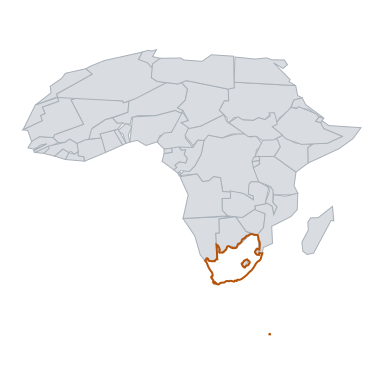 South Africa highlighted on a map of Africa
{"feature_id": "ZAF", "entity_name": "South Africa", "entity_type": "country or territory", "adm_level": 0, "iso_a3": "ZAF", "parent_name": "Africa", "parent_adm1": "", "projection": "albers", "projection_center": [25.295, -34.555], "detail": "fine", "context": "in_parent", "style": "outline", "palette": "amber", "viewbox_px": 384, "rotation_deg": 0, "n_neighbors": 49, "source": "natural_earth", "source_scale": "50m", "svg_char_len": 14725}
<svg xmlns="http://www.w3.org/2000/svg" viewBox="0 0 384 384"><path d="M274.2,156.4L296.0,172.1L294.1,185.8L297.8,193.2L294.3,194.8L273.7,194.8L271.0,186.7L258.7,181.9L254.2,175.0L253.3,167.7L259.7,163.9L258.6,156.0L274.2,156.4Z" fill="#d9dde1" stroke="#a8b0b8" stroke-width="1"/><path d="M57.6,97.5L58.9,101.3L42.5,107.1L45.2,113.5L40.7,115.5L42.4,120.7L23.0,129.8L35.3,105.0L57.6,97.5Z" fill="#d9dde1" stroke="#a8b0b8" stroke-width="1"/><path d="M253.3,167.7L258.7,181.9L250.2,182.2L248.3,194.3L253.3,195.9L253.5,200.0L243.4,193.5L222.7,191.6L220.5,177.7L213.5,176.7L209.1,180.8L202.6,181.6L197.1,174.0L179.3,175.6L184.8,170.3L189.2,171.5L194.9,165.8L201.2,154.2L204.3,138.2L208.4,135.1L222.2,137.9L237.3,133.6L245.4,133.8L250.3,137.1L256.3,136.2L262.7,144.7L256.5,149.9L253.3,167.7Z" fill="#d9dde1" stroke="#a8b0b8" stroke-width="1"/><path d="M308.0,163.1L307.7,147.5L313.7,143.5L327.2,143.3L342.3,136.4L323.8,128.7L319.2,123.4L322.5,121.1L328.9,125.6L361.0,127.7L353.0,138.6L339.4,148.5L308.0,163.1Z" fill="#d9dde1" stroke="#a8b0b8" stroke-width="1"/><path d="M296.0,172.1L274.2,156.4L280.2,147.0L276.2,138.7L282.6,135.1L295.0,142.9L312.3,144.3L307.7,147.5L308.0,163.1L296.0,172.1Z" fill="#d9dde1" stroke="#a8b0b8" stroke-width="1"/><path d="M232.2,123.9L228.5,122.5L226.8,121.6L227.2,117.9L219.2,110.3L224.3,100.7L228.6,100.8L228.3,87.9L234.2,87.8L234.1,82.2L295.7,85.6L297.7,95.6L302.2,97.9L293.9,100.0L289.9,109.9L279.2,118.1L277.3,124.1L272.2,112.4L265.0,119.6L258.5,117.7L253.4,120.4L242.7,119.9L234.6,117.3L228.9,122.6L232.2,123.9Z" fill="#d9dde1" stroke="#a8b0b8" stroke-width="1"/><path d="M228.2,89.1L228.6,100.8L224.3,100.7L219.2,110.3L223.8,114.7L200.7,126.2L188.1,128.8L181.0,122.6L188.2,120.5L182.9,110.5L177.3,107.9L185.1,100.2L187.4,89.0L181.3,82.6L186.4,80.6L228.2,89.1Z" fill="#d9dde1" stroke="#a8b0b8" stroke-width="1"/><path d="M248.4,260.9L245.2,267.2L241.5,264.4L245.3,260.4L248.4,260.9Z" fill="#d9dde1" stroke="#a8b0b8" stroke-width="1"/><path d="M257.5,234.8L245.9,231.4L235.6,216.7L242.4,217.5L255.4,208.6L265.2,213.8L263.5,227.6L257.5,234.8Z" fill="#d9dde1" stroke="#a8b0b8" stroke-width="1"/><path d="M251.0,233.9L237.0,246.9L228.6,246.1L222.7,252.1L220.1,252.6L216.2,244.6L215.6,233.2L219.3,232.9L218.8,219.0L235.6,216.7L245.9,231.4L251.0,233.9Z" fill="#d9dde1" stroke="#a8b0b8" stroke-width="1"/><path d="M215.6,233.2L217.0,259.2L212.2,261.8L206.2,258.4L204.7,260.5L200.3,255.0L194.8,235.9L183.0,218.5L234.8,216.1L218.8,219.0L219.3,232.9L215.6,233.2Z" fill="#d9dde1" stroke="#a8b0b8" stroke-width="1"/><path d="M33.4,149.1L27.9,147.8L32.7,140.0L39.7,136.6L53.1,137.6L58.6,142.7L35.1,152.5L33.4,150.6L46.7,143.9L33.4,149.1Z" fill="#d9dde1" stroke="#a8b0b8" stroke-width="1"/><path d="M58.6,142.7L53.1,137.6L54.7,134.6L83.6,124.2L70.9,99.9L78.6,97.4L122.9,101.0L123.4,102.8L128.9,101.3L128.0,112.3L105.5,119.6L92.7,127.9L88.9,139.2L77.0,143.6L69.7,139.1L65.4,142.2L58.6,142.7Z" fill="#d9dde1" stroke="#a8b0b8" stroke-width="1"/><path d="M23.0,129.8L42.4,120.7L40.7,115.5L45.2,113.5L42.5,107.1L58.9,101.3L57.6,97.5L78.6,97.4L70.9,99.9L83.6,124.2L54.7,134.6L53.1,137.6L39.7,136.6L31.5,141.5L27.8,130.5L23.0,129.8Z" fill="#d9dde1" stroke="#a8b0b8" stroke-width="1"/><path d="M129.8,142.1L126.1,143.3L122.9,134.0L117.7,130.9L126.3,123.2L131.9,126.8L128.3,134.9L129.8,142.1Z" fill="#d9dde1" stroke="#a8b0b8" stroke-width="1"/><path d="M181.3,82.6L187.4,89.0L185.1,100.2L177.3,107.9L182.9,110.5L181.1,113.3L175.3,110.5L155.8,115.6L137.8,115.6L131.5,117.9L130.4,124.1L117.1,123.3L112.5,117.9L128.0,112.3L128.9,101.3L166.3,82.6L177.7,84.0L181.3,82.6Z" fill="#d9dde1" stroke="#a8b0b8" stroke-width="1"/><path d="M129.8,142.1L132.7,117.0L155.8,115.6L175.3,110.5L183.2,114.3L171.6,132.2L160.0,135.6L157.5,141.7L145.9,145.5L137.3,140.4L129.8,142.1Z" fill="#d9dde1" stroke="#a8b0b8" stroke-width="1"/><path d="M182.5,112.0L188.2,120.5L181.0,122.6L188.7,127.9L185.2,138.0L193.0,147.5L164.1,149.1L157.6,142.6L158.3,139.1L163.9,133.1L171.6,132.2L182.5,112.0Z" fill="#d9dde1" stroke="#a8b0b8" stroke-width="1"/><path d="M117.9,129.1L126.1,143.3L122.5,144.9L113.7,131.1L117.9,129.1Z" fill="#d9dde1" stroke="#a8b0b8" stroke-width="1"/><path d="M113.8,130.1L122.5,144.9L105.5,152.5L99.9,134.0L113.8,130.1Z" fill="#d9dde1" stroke="#a8b0b8" stroke-width="1"/><path d="M77.0,143.6L85.0,139.9L101.5,137.9L105.5,152.5L84.5,161.2L83.7,156.8L78.3,156.0L77.0,143.6Z" fill="#d9dde1" stroke="#a8b0b8" stroke-width="1"/><path d="M48.4,146.2L65.4,142.2L69.7,139.1L77.0,143.6L78.4,151.7L74.6,154.3L70.8,151.4L67.7,153.2L63.0,149.1L54.7,156.2L43.7,153.4L48.4,146.2Z" fill="#d9dde1" stroke="#a8b0b8" stroke-width="1"/><path d="M35.1,152.5L48.4,146.2L49.1,148.5L43.7,153.4L35.1,152.5Z" fill="#d9dde1" stroke="#a8b0b8" stroke-width="1"/><path d="M77.7,151.9L78.3,156.0L83.7,156.8L84.5,161.2L65.3,159.5L68.9,152.6L74.6,154.3L77.7,151.9Z" fill="#d9dde1" stroke="#a8b0b8" stroke-width="1"/><path d="M54.7,156.2L63.0,149.1L68.9,152.6L65.3,159.5L54.7,156.2Z" fill="#d9dde1" stroke="#a8b0b8" stroke-width="1"/><path d="M88.9,139.2L91.6,129.0L105.5,119.6L112.5,117.9L117.1,123.3L122.8,122.7L117.9,129.1L99.9,134.0L101.5,137.9L88.9,139.2Z" fill="#d9dde1" stroke="#a8b0b8" stroke-width="1"/><path d="M245.4,133.8L231.5,134.1L222.2,137.9L208.4,135.1L204.0,140.5L197.8,140.2L193.1,145.6L184.9,135.7L188.1,128.8L200.7,126.2L223.8,114.7L226.8,121.6L245.4,133.8Z" fill="#d9dde1" stroke="#a8b0b8" stroke-width="1"/><path d="M204.0,140.5L201.2,154.2L194.9,165.8L189.2,171.5L180.5,170.6L177.8,173.1L173.7,169.8L176.7,167.4L174.8,165.3L179.2,161.8L185.7,162.9L187.2,158.7L184.1,154.2L185.6,150.0L181.0,150.2L179.7,147.0L193.0,147.5L197.8,140.2L204.0,140.5Z" fill="#d9dde1" stroke="#a8b0b8" stroke-width="1"/><path d="M171.5,148.1L179.1,146.9L181.0,150.2L185.6,150.0L184.1,154.2L187.2,158.7L185.7,162.9L179.2,161.8L174.8,165.3L176.7,167.4L173.7,169.8L162.1,161.3L164.1,153.5L172.1,152.2L171.5,148.1Z" fill="#d9dde1" stroke="#a8b0b8" stroke-width="1"/><path d="M164.1,149.1L171.5,148.1L172.1,152.2L164.1,153.5L164.1,149.1Z" fill="#d9dde1" stroke="#a8b0b8" stroke-width="1"/><path d="M258.7,181.9L268.8,187.5L265.4,202.4L267.5,203.5L255.1,205.9L255.4,208.6L242.4,217.5L227.6,215.9L222.3,210.5L222.0,198.5L230.5,198.3L230.0,190.9L243.4,193.5L253.5,200.0L253.3,195.9L248.3,194.3L248.9,184.5L251.3,181.8L258.7,181.9Z" fill="#d9dde1" stroke="#a8b0b8" stroke-width="1"/><path d="M266.9,185.7L273.0,189.6L273.0,202.5L277.1,206.8L273.7,214.9L272.2,206.4L265.4,202.4L269.6,190.7L266.9,185.7Z" fill="#d9dde1" stroke="#a8b0b8" stroke-width="1"/><path d="M273.7,194.8L285.6,196.2L297.8,193.2L297.2,209.7L290.9,216.6L271.7,226.3L272.5,243.4L263.3,247.5L262.3,252.9L259.6,252.7L257.5,234.8L263.5,227.6L265.2,213.8L255.6,210.0L255.1,205.9L267.5,203.5L272.2,206.4L273.7,214.9L277.1,206.8L273.0,202.5L273.7,194.8Z" fill="#d9dde1" stroke="#a8b0b8" stroke-width="1"/><path d="M259.6,252.7L256.7,254.7L254.7,252.4L256.2,248.5L259.6,252.7Z" fill="#d9dde1" stroke="#a8b0b8" stroke-width="1"/><path d="M177.8,173.1L180.8,172.5L179.3,175.6L177.8,173.1ZM180.0,176.7L197.1,174.0L202.6,181.6L209.1,180.8L213.5,176.7L220.5,177.7L222.7,191.6L230.4,192.0L230.5,198.3L222.0,198.5L222.3,210.5L227.6,215.9L183.0,218.5L188.2,194.9L180.0,176.7Z" fill="#d9dde1" stroke="#a8b0b8" stroke-width="1"/><path d="M258.6,160.5L259.7,163.9L253.3,167.7L252.2,161.7L258.6,160.5Z" fill="#d9dde1" stroke="#a8b0b8" stroke-width="1"/><path d="M332.5,206.4L333.8,221.0L331.1,220.4L313.6,253.1L307.1,254.5L302.8,251.1L301.9,242.1L308.3,230.1L307.9,222.0L310.6,217.9L318.1,217.7L332.5,206.4Z" fill="#d9dde1" stroke="#a8b0b8" stroke-width="1"/><path d="M33.4,150.6L40.5,145.1L46.7,143.9L33.4,150.6Z" fill="#d9dde1" stroke="#a8b0b8" stroke-width="1"/><path d="M150.5,66.8L138.4,59.4L142.2,52.1L148.0,50.3L151.9,51.1L156.5,49.6L152.6,56.6L160.3,58.3L150.5,66.8Z" fill="#d9dde1" stroke="#a8b0b8" stroke-width="1"/><path d="M57.6,97.5L56.5,94.0L92.1,74.2L85.8,68.7L90.6,66.1L104.5,60.5L142.2,52.1L138.4,59.4L147.5,62.8L152.5,68.7L151.3,77.6L157.1,81.4L166.3,82.6L135.7,98.6L123.4,102.8L122.9,101.0L57.6,97.5Z" fill="#d9dde1" stroke="#a8b0b8" stroke-width="1"/><path d="M291.0,107.4L293.9,100.0L302.2,97.9L305.6,104.6L322.8,117.3L319.2,117.1L308.8,109.3L291.0,107.4Z" fill="#d9dde1" stroke="#a8b0b8" stroke-width="1"/><path d="M35.3,105.0L51.0,92.9L50.2,86.3L61.4,78.6L65.4,73.3L85.8,68.7L92.1,74.2L56.5,94.0L57.5,96.8L35.3,105.0Z" fill="#d9dde1" stroke="#a8b0b8" stroke-width="1"/><path d="M295.7,85.6L234.1,82.2L235.0,57.0L255.3,59.1L266.6,57.9L271.8,59.8L284.3,60.0L287.5,64.6L283.0,68.5L273.6,62.8L290.1,79.6L289.0,81.8L295.7,85.6Z" fill="#d9dde1" stroke="#a8b0b8" stroke-width="1"/><path d="M233.6,56.2L234.2,87.8L228.2,89.1L186.4,80.6L177.7,84.0L157.1,81.4L151.3,77.6L152.6,63.8L160.3,58.3L180.9,58.0L183.7,60.0L202.1,61.3L211.4,54.8L233.6,56.2Z" fill="#d9dde1" stroke="#a8b0b8" stroke-width="1"/><path d="M342.3,136.4L327.2,143.3L301.5,144.4L286.3,139.0L272.2,126.7L291.0,107.4L296.7,108.7L298.5,106.6L316.0,113.8L319.2,117.1L315.6,121.3L320.4,122.5L323.8,128.7L342.3,136.4Z" fill="#d9dde1" stroke="#a8b0b8" stroke-width="1"/><path d="M319.2,117.1L323.8,118.4L320.4,122.5L315.6,121.3L319.2,117.1Z" fill="#d9dde1" stroke="#a8b0b8" stroke-width="1"/><path d="M274.2,156.4L254.8,156.6L263.3,139.3L276.2,138.7L278.2,141.2L280.2,147.0L274.2,156.4Z" fill="#d9dde1" stroke="#a8b0b8" stroke-width="1"/><path d="M258.6,156.0L259.9,160.1L252.2,161.7L253.5,157.5L258.6,156.0Z" fill="#d9dde1" stroke="#a8b0b8" stroke-width="1"/><path d="M261.3,140.2L256.3,136.2L248.2,136.6L228.9,122.6L238.1,116.8L242.7,119.9L253.4,120.4L258.5,117.7L265.0,119.6L270.3,115.9L268.9,113.0L274.5,112.8L277.3,124.1L272.2,126.7L282.6,135.1L273.2,140.0L261.3,140.2Z" fill="#d9dde1" stroke="#a8b0b8" stroke-width="1"/><path d="M250.8,234.3L251.9,234.1L252.8,234.3L253.8,234.8L254.8,235.0L255.7,234.9L256.5,234.9L257.1,235.0L257.5,235.2L257.8,235.4L257.8,235.7L257.9,235.8L258.0,236.3L258.2,237.1L258.4,237.9L258.5,238.9L258.5,239.5L258.7,240.0L259.0,240.5L259.0,240.8L259.1,241.0L259.4,241.4L259.5,242.0L259.7,242.8L259.8,243.2L259.8,243.3L259.9,243.7L259.8,244.4L259.8,245.2L259.7,246.1L259.7,246.8L259.6,247.2L259.6,248.3L259.3,248.8L259.3,249.3L259.4,249.6L259.1,249.6L258.3,249.1L257.5,248.6L257.4,248.6L257.2,248.6L256.8,249.0L256.3,249.5L256.1,249.9L255.7,250.4L255.2,251.1L255.1,251.3L255.1,251.9L255.1,252.5L255.4,252.6L255.6,253.1L256.0,253.9L256.7,254.5L257.3,254.8L258.3,254.9L259.1,254.9L259.0,254.4L259.2,253.5L259.3,253.0L259.6,253.0L260.0,253.1L260.6,253.2L261.0,253.3L261.4,253.3L262.0,253.3L262.4,253.3L262.2,254.2L261.6,255.6L261.4,256.3L260.8,258.6L260.2,259.7L259.8,260.2L258.9,261.0L258.6,261.2L258.4,261.3L258.0,261.3L256.4,263.0L255.8,263.8L255.2,265.0L254.7,265.7L253.9,267.1L253.2,268.1L252.5,269.1L251.4,270.5L250.9,270.9L250.5,271.0L249.7,271.8L248.4,273.1L247.5,274.2L246.1,275.5L245.3,276.1L244.1,277.2L243.8,277.3L242.5,278.3L241.5,279.0L240.0,279.7L239.4,279.9L237.9,279.7L237.3,279.8L236.8,280.2L236.8,280.9L236.6,281.0L236.3,280.9L235.3,280.7L234.7,280.7L234.4,281.1L234.2,281.5L233.4,281.5L232.1,281.1L230.5,280.8L230.1,280.8L229.4,281.2L229.1,281.2L228.0,281.2L227.4,281.0L226.8,281.0L226.3,281.2L225.8,281.3L224.3,282.5L223.6,282.5L222.9,282.7L222.6,282.7L222.0,282.6L221.8,282.6L221.4,282.7L221.1,282.9L220.3,283.0L220.0,283.2L218.7,284.4L218.4,284.4L218.2,284.3L217.5,284.4L216.7,283.8L216.4,283.9L216.4,283.7L216.4,283.4L216.3,283.2L216.1,283.1L215.8,283.1L215.6,282.8L215.2,282.8L214.8,283.0L214.8,282.7L214.7,282.3L214.7,281.9L214.3,281.8L214.0,281.9L213.8,281.9L213.7,282.0L213.6,283.0L213.4,282.8L213.2,282.4L213.1,281.9L213.1,281.4L213.5,281.1L213.4,280.8L213.3,280.5L212.9,279.7L212.7,279.3L212.3,279.1L212.0,278.5L211.7,278.3L211.6,277.9L211.3,277.6L211.2,277.0L211.3,276.7L211.5,276.5L211.8,276.8L212.1,276.7L212.4,276.2L212.6,275.6L212.6,274.7L212.5,274.1L212.1,272.6L211.9,272.3L211.0,271.3L210.1,269.9L208.8,267.7L208.1,266.3L207.1,263.6L206.3,262.1L205.2,260.8L205.1,260.7L205.7,260.1L205.9,260.0L206.0,260.0L206.1,259.9L206.2,259.7L206.2,259.2L206.3,259.0L206.4,258.6L206.6,258.4L207.0,258.2L207.4,258.4L207.5,258.5L207.6,258.8L208.0,258.9L208.1,259.0L208.3,259.4L208.3,259.6L208.1,259.8L208.2,260.0L208.4,260.2L208.5,260.4L208.6,260.7L209.2,260.8L209.5,260.9L210.0,260.9L210.4,261.0L210.9,261.2L211.6,261.2L212.6,261.1L213.4,261.1L214.1,261.2L214.6,261.3L214.8,261.1L214.9,260.9L214.9,260.6L215.0,260.4L215.3,260.3L215.6,260.1L215.8,259.7L216.2,259.4L216.9,259.2L217.3,259.2L217.2,258.6L217.1,256.8L217.1,255.1L217.0,253.3L216.9,251.6L216.8,249.8L216.7,248.0L216.6,246.3L216.5,244.6L217.9,245.6L218.2,246.0L218.4,246.3L218.9,247.3L219.3,248.3L219.6,249.0L219.7,249.3L219.7,249.6L219.8,249.8L219.8,250.0L219.6,250.4L219.4,250.7L219.1,251.1L219.1,251.6L219.2,252.3L219.4,252.6L219.6,252.7L220.1,252.5L220.4,252.5L220.8,252.6L222.1,252.5L222.3,252.6L222.8,252.6L223.0,252.5L223.1,252.4L223.3,252.0L223.4,251.9L223.7,251.8L224.1,251.7L224.3,251.4L224.8,250.7L225.6,250.0L225.9,249.8L226.1,249.6L226.2,249.4L226.5,248.5L226.8,247.8L226.8,247.5L227.0,246.9L227.3,246.6L227.5,246.4L228.0,246.2L228.4,246.1L228.8,246.2L229.3,246.4L229.9,246.8L230.4,247.2L230.7,247.4L230.9,247.5L231.4,247.5L231.7,247.5L232.2,248.0L232.5,248.0L233.0,248.1L233.7,248.2L234.2,248.2L234.6,248.0L235.0,248.0L235.4,248.0L235.9,247.9L236.2,247.8L236.5,247.6L236.7,247.4L237.0,246.7L237.1,246.2L237.4,245.6L237.7,244.8L237.8,244.2L238.3,243.8L238.7,243.7L239.7,243.5L239.9,243.4L240.0,243.1L240.5,242.7L241.0,242.3L241.3,242.1L241.8,240.2L242.2,239.5L242.4,239.3L242.6,239.3L242.8,239.1L243.1,238.9L243.4,238.7L243.8,238.7L244.0,238.5L244.1,238.2L244.3,238.1L244.6,238.1L244.8,237.8L244.9,237.7L245.2,237.6L245.4,237.4L245.4,237.2L245.7,236.8L246.4,236.1L247.1,235.7L247.7,235.7L248.2,235.5L248.8,235.3L249.2,235.0L249.5,234.6L249.9,234.3L250.8,234.3ZM247.4,265.5L248.0,265.2L248.4,265.0L248.6,264.8L248.7,264.3L248.8,263.9L249.0,263.7L249.4,263.4L249.6,262.9L249.7,262.4L249.7,262.2L249.6,261.8L249.5,261.5L249.3,261.4L249.0,261.3L248.6,260.9L248.3,260.6L248.0,260.2L247.8,260.1L247.5,259.8L247.4,259.7L247.2,259.4L246.7,259.5L245.8,259.8L245.3,260.1L244.9,260.5L244.4,260.6L244.1,260.7L243.8,261.2L243.6,261.5L243.3,261.9L243.2,262.1L243.0,262.4L242.7,262.8L242.5,263.0L242.2,263.1L241.8,263.3L241.7,263.4L241.7,263.6L241.8,263.9L241.9,264.3L242.1,264.7L242.3,265.0L242.5,265.3L242.7,265.6L242.7,265.9L242.7,266.0L242.8,266.2L242.9,266.3L243.1,266.4L243.2,266.5L243.3,266.6L243.5,266.8L243.7,267.1L244.0,267.3L244.5,267.5L244.9,267.5L245.0,267.5L245.2,267.3L245.3,267.1L245.3,266.8L245.4,266.6L245.9,265.9L246.2,265.6L246.4,265.6L246.6,265.5L246.8,265.5L247.0,265.6L247.4,265.5ZM270.1,334.3L269.4,334.3L269.4,334.1L269.6,333.9L269.9,333.9L270.1,334.1L270.1,334.3Z" fill="none" stroke="#b45309" stroke-width="2"/></svg>